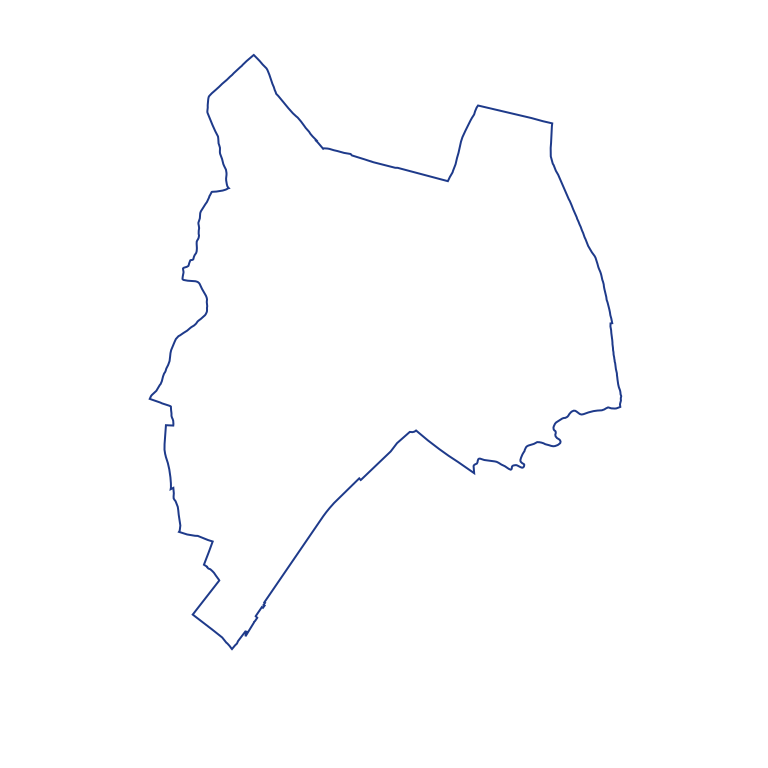 Priponesti, Galati, Romania (Albers equal-area conic projection), rotated 13°
{"feature_id": "2599482B25446233483835", "entity_name": "Priponesti", "entity_type": "district", "adm_level": 2, "iso_a3": "ROU", "parent_name": "Romania", "parent_adm1": "Galati", "projection": "albers", "projection_center": [27.48, 46.089], "detail": "fine", "context": "isolated", "style": "outline", "palette": "blue", "viewbox_px": 768, "rotation_deg": 13, "n_neighbors": 0, "source": "geoboundaries", "source_scale": "gbopen_adm2", "svg_char_len": 6155}
<svg xmlns="http://www.w3.org/2000/svg" viewBox="0 0 768 768"><g transform="rotate(13 384 384)"><path d="M295.5,676.5L297.7,672.1L299.1,670.0L299.6,667.4L304.6,656.3L305.5,656.3L305.4,656.9L305.8,661.0L311.0,645.5L310.9,645.1L311.6,644.1L313.1,640.3L311.2,639.1L315.2,628.8L316.4,629.3L317.5,626.8L316.3,626.4L317.3,624.0L316.5,623.7L354.5,526.6L356.6,521.8L358.9,517.1L362.1,511.2L381.1,481.5L382.9,482.8L383.3,482.3L405.7,448.2L410.0,438.7L419.9,424.9L422.6,424.5L424.5,423.5L425.7,422.1L439.5,429.1L452.5,435.0L463.1,439.4L473.6,443.3L491.9,450.6L489.8,444.0L489.8,443.2L490.4,442.2L492.4,440.6L492.7,439.3L492.6,437.6L492.8,436.1L493.4,435.4L494.3,435.1L498.8,435.5L509.4,434.5L511.3,434.5L513.4,435.0L516.5,436.1L520.2,436.9L524.6,438.6L526.6,439.0L527.0,438.8L527.3,438.4L527.5,437.8L527.3,436.0L527.4,435.4L527.9,434.7L528.4,434.3L530.0,433.6L531.2,433.3L532.2,433.4L535.7,434.3L537.3,434.5L537.9,434.3L538.3,434.0L538.9,433.0L538.9,431.7L538.8,431.1L538.5,430.7L536.4,430.0L535.0,429.2L534.4,428.6L534.0,427.4L534.1,425.1L534.7,421.6L535.3,419.6L536.0,417.7L536.0,416.5L536.5,414.2L536.8,413.3L537.2,412.7L538.5,411.5L542.9,409.0L543.7,408.5L546.3,406.2L548.3,405.8L550.6,405.7L552.9,405.9L554.3,406.3L555.2,406.4L558.6,406.5L560.8,406.7L562.9,406.6L564.6,406.0L566.7,404.6L567.3,404.1L568.6,402.5L569.0,401.8L569.0,400.7L568.9,400.2L568.2,399.3L567.6,398.8L566.7,398.4L564.8,397.8L563.2,396.6L562.8,396.1L562.3,394.8L562.4,393.3L562.1,392.1L561.5,391.3L560.3,390.8L559.4,389.8L558.9,388.2L559.0,386.9L559.5,384.5L559.8,383.8L560.4,382.7L565.5,377.5L566.8,376.7L568.3,376.2L569.5,375.2L570.1,374.6L570.8,373.3L571.2,371.9L572.1,370.2L572.6,369.3L573.5,368.3L574.9,367.3L576.3,367.1L577.7,367.5L580.6,368.8L581.6,369.2L583.0,369.3L583.6,369.2L585.2,368.5L589.6,365.7L594.2,363.3L597.9,361.9L602.2,360.6L604.4,359.2L604.9,358.7L605.8,357.8L607.6,356.4L608.6,356.4L610.9,356.6L614.4,356.0L615.9,355.5L619.4,353.2L618.5,350.7L618.5,349.0L618.6,346.9L618.1,345.3L617.9,344.4L617.9,342.6L617.7,342.1L616.9,341.0L616.1,338.6L615.4,337.1L613.5,334.2L612.2,331.5L610.5,327.1L609.6,324.5L609.1,323.3L608.5,321.2L606.6,317.3L604.5,311.6L603.8,310.4L603.2,308.6L602.7,307.6L602.4,306.6L601.1,303.7L600.4,301.3L599.6,299.5L599.0,297.4L597.6,293.6L597.3,292.3L596.5,289.8L595.8,288.0L595.3,286.6L594.1,283.4L593.2,280.5L591.7,277.0L591.1,274.0L592.7,273.4L590.7,269.0L589.1,266.1L588.0,263.3L586.7,260.5L583.4,254.1L582.0,251.9L581.0,249.2L577.3,241.7L576.3,239.4L575.7,237.6L574.4,235.1L573.3,233.4L571.7,230.0L570.8,228.2L569.6,226.2L567.4,223.2L566.5,221.8L564.9,218.8L561.7,213.4L560.4,211.9L556.9,208.9L551.9,203.6L547.8,197.6L546.5,196.0L544.0,192.0L542.4,189.9L540.2,186.5L538.7,184.6L537.0,182.1L534.9,179.4L534.4,178.4L529.1,171.3L526.3,167.2L523.8,163.8L522.5,162.4L506.6,140.9L503.5,137.6L500.1,132.6L498.9,131.4L495.3,124.7L493.3,116.5L492.6,111.8L489.6,95.1L489.3,92.2L479.9,92.2L467.7,91.7L413.0,91.5L412.1,93.8L411.4,97.8L411.2,101.1L409.8,105.0L409.0,107.8L406.4,118.7L404.9,125.9L404.5,130.6L404.6,142.0L404.3,147.4L404.3,153.8L403.3,160.8L403.2,162.4L401.6,167.5L400.6,172.0L348.7,170.3L346.2,170.8L323.9,170.3L313.3,169.4L301.3,168.5L299.7,167.4L293.1,167.8L286.2,167.5L282.5,167.5L278.0,167.2L275.9,167.3L272.3,167.9L271.8,168.5L264.8,163.3L263.1,162.3L263.6,161.9L258.7,158.8L256.0,156.8L254.3,155.1L250.2,152.2L248.3,150.5L244.1,146.9L240.9,144.5L239.8,143.7L238.3,143.0L234.3,140.7L228.8,136.8L216.3,127.2L213.7,125.5L212.6,123.7L211.5,122.3L209.8,119.4L207.8,116.7L202.7,108.4L199.8,104.3L198.5,102.9L193.9,100.0L190.0,97.1L183.1,92.7L182.6,93.3L177.5,100.2L174.5,104.8L173.9,106.0L172.6,107.7L167.7,114.9L166.5,117.0L164.8,119.3L162.5,122.9L158.8,127.9L156.5,131.5L153.7,135.5L150.8,139.5L149.1,142.4L148.7,143.3L148.6,144.7L148.7,146.2L149.5,152.0L150.1,154.4L150.5,157.9L150.8,159.0L151.2,159.7L158.6,170.2L162.7,175.6L166.6,180.2L167.4,182.4L168.7,186.8L169.9,188.7L171.0,190.7L171.3,191.9L171.9,194.9L172.5,196.5L175.6,201.2L178.0,205.9L179.4,207.8L181.8,210.7L183.1,213.9L183.5,215.7L183.9,219.2L184.4,221.1L185.9,224.7L186.8,226.4L187.9,227.6L188.7,228.1L187.8,228.6L187.0,229.5L185.9,230.3L183.3,231.8L177.4,234.2L173.3,235.4L172.9,235.7L171.9,239.6L171.6,240.3L171.6,241.5L171.3,242.9L170.5,246.6L169.5,249.0L166.7,257.0L166.5,258.9L167.3,264.0L167.0,267.4L166.9,268.1L166.9,268.8L167.2,269.8L167.9,271.3L168.8,273.7L169.0,276.3L169.5,278.8L169.7,279.6L170.2,280.5L170.4,281.2L170.5,283.3L170.2,284.8L169.7,286.2L169.5,287.5L169.9,289.5L171.1,293.6L171.4,295.3L171.6,296.8L171.5,298.6L170.5,301.1L170.2,302.8L170.1,305.5L169.1,306.3L167.6,306.9L167.4,307.2L167.0,310.4L167.0,311.7L166.8,313.0L165.5,314.2L162.9,315.7L162.2,316.5L162.2,316.9L163.5,320.0L163.6,320.9L163.7,324.1L163.9,326.4L164.1,327.1L164.7,327.5L165.5,327.7L169.5,327.5L177.2,326.3L178.8,326.4L179.8,326.6L181.3,327.4L182.0,328.1L185.3,332.3L190.6,338.0L191.7,339.6L192.5,341.3L192.9,344.1L194.1,347.5L194.3,348.3L194.4,349.8L194.7,350.7L195.1,352.7L195.1,353.8L194.7,355.7L194.2,357.1L190.8,361.9L189.5,363.4L188.3,365.0L187.4,367.3L186.7,368.4L185.7,369.8L183.5,371.9L182.4,373.3L180.2,376.3L177.2,379.3L174.2,382.6L173.0,383.6L171.1,387.0L170.5,389.9L169.0,398.8L169.0,401.9L169.4,405.2L169.9,409.9L169.4,414.0L168.4,418.0L168.3,420.2L168.0,421.8L167.4,423.2L167.0,426.3L166.9,431.3L166.3,434.5L165.8,435.3L163.7,441.9L160.3,446.9L159.7,448.2L159.1,451.2L170.2,452.4L172.1,452.8L179.1,453.4L180.6,453.6L181.4,453.9L182.5,457.6L183.5,460.3L184.1,462.9L185.0,464.5L185.9,465.6L186.9,467.3L187.8,470.3L188.0,471.9L180.8,473.2L183.7,491.9L184.9,497.4L186.5,501.4L187.3,502.9L187.8,504.0L191.2,509.7L194.0,515.5L196.9,523.0L198.7,528.7L199.7,532.8L199.8,534.5L202.1,532.6L203.8,537.8L204.3,541.0L204.8,542.8L205.8,543.9L207.3,545.1L210.7,550.1L211.9,553.2L213.4,557.6L217.4,567.7L217.8,571.6L217.9,573.1L217.5,574.2L226.1,574.9L234.0,574.4L236.7,573.9L247.4,575.6L252.5,576.0L251.1,587.2L249.2,600.6L252.7,601.8L252.7,602.2L254.4,603.3L256.5,603.6L259.0,605.0L260.8,606.2L263.5,608.7L267.1,611.8L267.7,612.5L249.5,651.7L273.1,662.5L283.4,667.4L288.7,671.6L289.5,671.9L292.4,673.9L295.2,676.3L295.5,676.5Z" fill="none" stroke="#1e3a8a" stroke-width="2"/></g></svg>